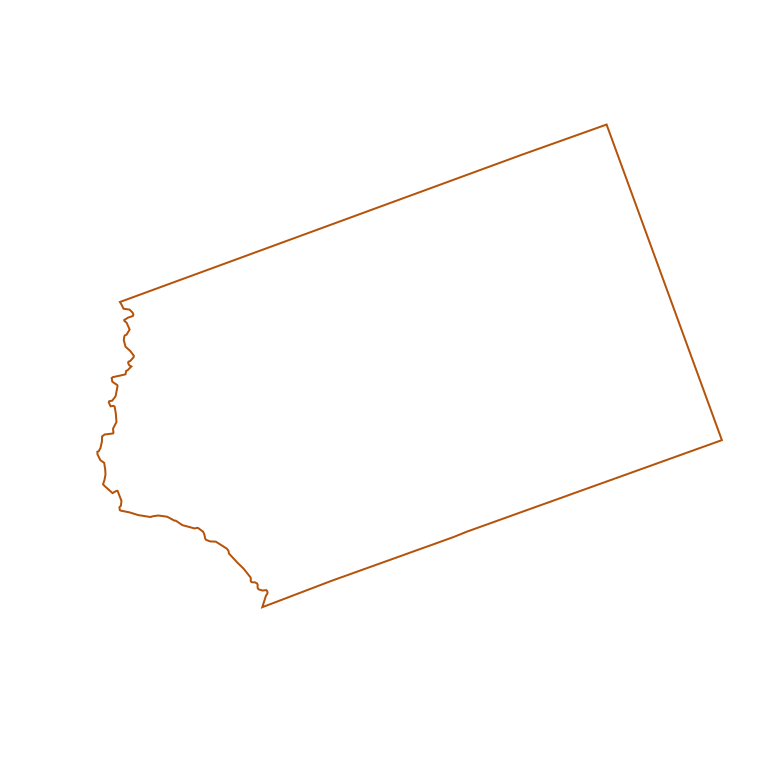 the district of Plymouth, Iowa, United States of America, rotated 340°
{"feature_id": "52423323B13817695783408", "entity_name": "Plymouth", "entity_type": "district", "adm_level": 2, "iso_a3": "USA", "parent_name": "United States of America", "parent_adm1": "Iowa", "projection": "natural_earth1", "projection_center": [-96.528, 42.735], "detail": "fine", "context": "isolated", "style": "outline", "palette": "amber", "viewbox_px": 768, "rotation_deg": 340, "n_neighbors": 0, "source": "geoboundaries", "source_scale": "gbopen_adm2", "svg_char_len": 1586}
<svg xmlns="http://www.w3.org/2000/svg" viewBox="0 0 768 768"><g transform="rotate(340 384 384)"><path d="M681.9,216.3L591.8,215.7L163.9,216.6L164.5,219.6L165.0,224.2L170.4,227.1L172.2,231.1L172.3,232.9L171.3,234.2L166.2,234.1L161.8,235.0L161.6,235.8L163.1,238.5L163.6,245.8L158.9,249.6L157.0,249.7L156.3,250.4L154.5,253.7L153.9,260.0L153.9,260.6L156.9,266.3L158.6,272.0L157.7,273.3L153.6,275.5L151.4,275.7L150.7,277.0L151.1,279.4L152.6,281.1L147.7,283.4L146.2,283.5L144.4,286.5L137.9,285.7L131.5,284.8L130.1,285.3L129.5,289.0L133.0,293.8L132.9,294.8L127.9,303.2L127.0,304.1L122.9,306.7L119.9,306.2L119.1,307.0L119.4,311.4L122.0,311.9L123.0,312.8L123.1,313.5L121.8,320.4L119.6,328.2L114.1,333.3L113.1,337.2L112.5,337.8L104.1,335.9L101.1,336.9L99.3,341.5L95.8,347.0L92.9,349.6L91.5,349.6L90.7,352.0L91.4,358.6L94.1,362.4L92.7,369.3L91.3,373.9L88.6,378.4L85.7,382.2L86.5,384.2L91.6,393.7L95.9,392.9L97.1,393.3L97.3,404.1L95.2,408.3L93.2,409.4L92.6,412.2L93.4,413.0L101.1,417.7L108.2,423.1L118.8,429.0L122.4,429.4L127.0,430.4L134.9,434.6L140.4,440.8L141.5,441.1L146.2,447.6L156.7,455.0L159.1,455.2L160.1,455.8L163.5,460.9L163.7,464.0L163.1,468.0L163.5,469.6L166.7,472.4L172.0,474.6L180.0,485.0L180.8,487.7L180.3,490.2L185.3,502.1L188.9,509.5L192.4,520.0L192.3,521.4L191.4,523.4L191.7,524.7L192.6,525.4L195.0,526.3L196.5,528.1L196.6,529.8L195.9,531.0L195.5,532.8L196.0,534.1L199.1,536.5L202.8,537.4L203.4,538.5L203.3,539.9L202.6,541.2L200.7,542.5L193.3,552.1L268.2,551.0L396.4,551.6L411.3,551.1L591.8,551.9L682.3,552.3L681.9,216.3Z" fill="none" stroke="#b45309" stroke-width="2"/></g></svg>